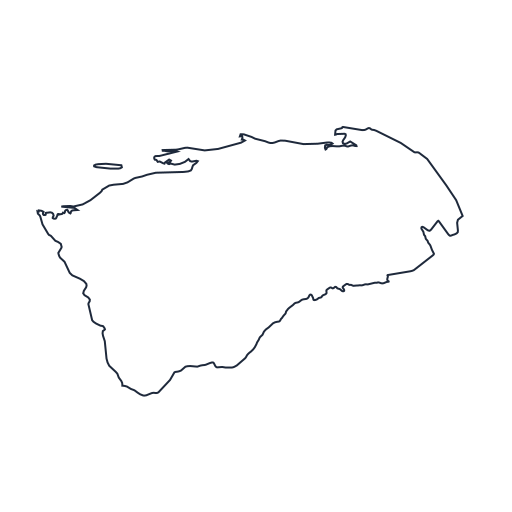 the border of Inhambane, rotated 262°
{"feature_id": "MOZ-1925", "entity_name": "Inhambane", "entity_type": "Province", "adm_level": 1, "iso_a3": "MOZ", "parent_name": "Mozambique", "parent_adm1": "", "projection": "albers", "projection_center": [34.454, -22.902], "detail": "fine", "context": "isolated", "style": "outline", "palette": "slate", "viewbox_px": 512, "rotation_deg": 262, "n_neighbors": 0, "source": "natural_earth", "source_scale": "10m", "svg_char_len": 6060}
<svg xmlns="http://www.w3.org/2000/svg" viewBox="0 0 512 512"><g transform="rotate(262 256 256)"><path d="M330.6,45.8L330.2,46.5L330.2,47.0L331.4,47.2L330.7,49.6L330.1,50.7L329.3,51.7L328.2,51.0L327.1,50.9L326.2,51.4L325.9,52.8L326.2,53.5L327.9,53.8L328.0,54.5L327.9,55.4L327.9,58.4L327.2,60.0L325.9,61.0L324.1,61.2L322.6,60.1L321.8,60.0L321.0,61.2L320.9,62.8L321.5,63.5L322.4,64.0L323.9,65.0L324.7,65.2L325.1,65.7L325.1,66.2L324.9,66.9L324.7,67.3L324.5,67.2L324.6,68.4L324.6,69.4L324.8,70.2L325.8,70.9L325.2,72.2L325.9,72.8L327.0,73.1L327.8,73.9L328.1,75.4L327.4,75.9L326.2,76.2L325.0,76.8L324.0,78.1L324.4,78.5L325.4,78.8L326.4,79.7L326.7,81.0L326.4,85.6L328.9,82.9L332.0,70.1L332.1,72.0L331.4,79.0L330.4,82.1L331.2,91.5L334.3,99.8L340.4,110.4L341.8,112.2L343.1,113.0L346.2,120.4L346.4,125.0L345.9,134.4L346.8,139.0L349.7,145.7L350.1,147.4L350.6,154.3L351.6,159.4L352.4,168.4L349.3,196.1L349.2,200.7L349.8,203.4L351.2,204.6L353.0,205.4L354.6,206.3L356.5,209.9L358.0,211.5L358.6,210.3L358.4,205.6L359.1,204.0L361.4,202.7L359.1,198.7L357.8,193.4L357.8,188.2L359.5,184.2L359.1,183.2L359.2,182.4L359.6,181.7L360.2,181.2L361.4,184.3L362.3,185.1L363.6,183.4L361.2,178.8L360.2,178.2L360.8,176.9L363.0,173.8L363.0,173.2L362.9,171.8L364.9,170.8L365.1,170.5L365.5,169.2L366.6,168.8L367.7,168.9L368.5,169.4L368.9,170.4L368.8,171.6L368.5,174.2L370.4,192.4L371.2,190.6L371.6,188.7L372.0,182.7L372.9,180.1L373.2,178.3L373.9,178.3L372.4,191.6L372.4,193.8L373.0,200.9L372.8,203.2L367.7,219.9L367.3,233.4L370.3,256.9L371.9,261.1L372.9,259.8L373.2,259.2L373.3,258.2L375.0,259.0L376.6,259.0L377.4,258.5L376.7,257.4L376.7,256.7L378.7,257.7L378.2,260.8L374.5,268.2L372.3,271.4L368.4,281.0L366.6,284.2L365.9,285.9L365.6,288.1L365.8,290.3L366.7,294.3L366.9,296.5L366.1,301.0L360.2,318.6L358.6,332.7L358.5,342.0L358.3,344.1L357.6,346.5L356.7,347.4L355.7,345.2L355.8,343.2L356.3,341.3L355.9,339.9L353.5,339.3L351.8,339.7L352.1,340.5L353.2,341.3L353.8,341.6L354.4,344.1L354.4,345.2L354.2,347.3L353.3,351.5L353.0,353.7L353.2,357.3L353.0,358.6L352.7,359.7L351.9,361.2L351.6,362.3L352.1,365.0L352.2,366.3L352.0,367.6L351.1,369.6L350.9,370.8L351.7,370.7L356.3,365.2L354.8,361.5L354.6,359.5L355.6,357.8L357.1,357.6L358.5,358.4L361.1,360.8L362.9,361.7L364.1,361.7L364.7,360.8L365.5,353.2L365.1,352.0L365.1,351.2L369.2,352.2L370.2,353.5L370.6,358.3L370.9,359.1L371.5,359.4L371.7,360.0L365.9,378.6L365.7,380.8L365.9,382.2L366.8,384.4L367.0,385.6L366.6,386.6L365.2,387.9L364.9,388.5L364.3,390.6L363.2,392.6L347.8,415.1L336.7,427.3L336.4,428.3L336.3,429.7L336.1,430.8L335.6,431.7L328.3,439.0L299.4,454.3L283.4,462.0L266.9,466.2L263.8,461.0L260.9,459.8L253.2,459.5L251.5,459.1L250.6,458.0L250.1,456.8L249.7,455.3L249.5,453.8L249.1,452.2L249.0,451.0L249.8,450.1L251.0,449.3L265.0,441.9L265.5,441.4L265.1,440.6L257.7,433.0L256.8,431.5L257.3,430.1L258.1,429.1L261.0,426.1L261.7,425.0L261.7,424.4L261.4,423.9L260.4,423.6L259.8,423.7L256.7,425.1L254.1,425.3L253.5,425.4L252.1,426.3L249.6,426.5L249.1,426.7L247.2,428.0L245.2,428.4L242.9,429.8L241.8,430.2L237.6,431.1L233.5,432.5L232.8,432.2L232.1,431.3L220.0,410.3L219.6,408.6L219.4,406.9L218.8,383.7L218.6,383.5L217.6,383.7L217.1,383.7L215.6,383.0L214.5,382.7L213.8,382.8L213.1,383.1L212.5,383.8L212.2,383.8L212.1,383.5L212.1,381.7L211.3,378.6L211.3,377.3L211.6,376.2L212.6,374.2L212.9,373.2L212.7,372.0L213.0,370.0L212.3,362.7L212.7,360.8L212.7,359.8L212.3,357.8L212.2,356.7L212.3,355.9L212.6,354.7L212.6,353.0L212.8,351.1L212.9,348.4L213.1,347.9L214.2,346.1L214.4,344.4L215.4,343.1L215.6,342.5L215.7,341.8L215.4,341.0L213.9,338.2L213.5,337.7L213.0,337.5L212.5,337.5L211.0,338.3L209.9,338.6L209.2,338.4L209.0,337.9L208.9,337.3L209.4,336.3L211.4,334.6L211.7,334.1L212.6,332.1L214.0,331.2L214.3,330.7L214.4,330.0L213.5,328.5L213.3,327.9L213.3,327.3L214.3,326.0L214.5,325.3L214.3,324.5L213.0,321.9L212.4,321.1L211.7,320.8L210.3,320.8L209.3,320.6L208.5,319.6L207.9,317.3L207.6,316.5L207.1,315.9L206.1,315.0L205.9,314.4L205.7,312.3L204.6,310.4L204.2,308.9L204.2,307.6L204.4,307.1L204.8,306.8L206.4,306.7L209.3,305.8L209.8,305.4L210.1,305.0L210.2,304.3L209.6,303.4L207.9,302.3L207.1,301.4L206.7,300.6L206.5,299.9L206.5,296.9L206.3,295.5L205.9,294.6L204.6,292.3L204.3,291.4L204.2,290.5L204.1,288.8L203.7,287.6L202.4,285.9L200.1,281.8L198.9,280.1L198.4,279.7L197.2,278.4L196.7,278.0L195.4,277.5L194.7,277.0L193.6,275.6L192.4,274.3L191.2,273.3L190.2,272.0L188.7,270.9L188.1,270.2L187.9,269.5L187.9,267.6L187.7,265.6L187.0,263.5L183.5,258.6L181.9,255.6L180.6,254.0L179.8,253.2L177.1,251.5L175.2,248.8L174.4,248.1L172.6,247.0L170.2,245.0L168.7,244.2L165.8,242.1L163.9,240.2L162.0,237.6L161.2,236.1L160.0,234.4L158.9,233.2L157.6,232.3L156.4,231.2L150.3,221.8L149.3,219.2L149.0,217.9L148.9,216.5L149.8,210.3L150.8,207.1L151.1,202.4L151.2,201.8L151.8,201.0L152.7,200.4L155.6,199.4L156.1,199.1L156.5,198.7L156.6,198.2L156.7,197.5L156.4,195.4L155.3,191.1L155.2,189.7L155.3,187.8L155.2,185.7L154.7,183.1L154.6,182.4L156.2,175.5L156.4,172.8L156.2,170.7L153.0,165.8L152.6,164.2L152.4,162.6L152.4,159.9L152.1,159.0L145.2,153.6L134.8,140.7L134.4,140.0L134.2,139.2L134.2,137.9L134.8,135.6L134.8,134.7L134.7,133.5L133.3,127.9L133.3,125.9L133.6,124.8L135.2,122.0L137.3,119.6L139.5,117.4L140.2,116.5L141.7,113.7L144.7,110.0L145.6,107.9L146.2,105.6L146.5,105.7L148.9,105.8L151.0,105.2L154.7,103.2L158.8,102.3L160.9,100.9L167.7,95.4L171.2,94.2L175.2,93.7L192.7,94.4L198.3,93.4L200.8,93.3L203.0,93.9L203.9,95.6L204.4,96.2L205.5,96.0L207.7,94.9L208.1,94.1L208.7,92.2L211.4,88.2L213.5,85.9L215.2,84.8L231.8,83.3L233.0,83.9L234.3,85.0L236.0,85.4L238.3,84.1L241.1,80.7L243.1,79.7L245.5,80.7L248.6,83.4L250.2,84.1L252.0,84.1L255.1,82.1L258.0,78.5L262.4,71.4L265.2,69.2L276.9,65.6L281.7,61.7L283.4,61.1L285.7,60.7L286.6,60.7L291.0,64.3L292.0,64.8L295.2,64.4L297.4,62.0L299.0,59.4L304.5,55.7L305.1,54.9L305.6,54.0L306.7,53.3L317.0,49.0L324.9,47.9L326.2,47.5L328.3,45.9L330.6,45.8ZM366.2,110.3L367.3,108.2L368.2,108.3L368.8,109.9L368.9,112.5L368.2,120.3L364.6,135.3L362.5,135.5L361.8,133.9L361.7,131.8L362.9,123.6L366.2,110.3Z" fill="none" stroke="#1e293b" stroke-width="2"/></g></svg>